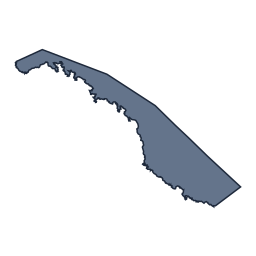 outline of East Choiseul, Choiseul, Solomon Islands, rotated 180°
{"feature_id": "97153195B70410485956536", "entity_name": "East Choiseul", "entity_type": "district", "adm_level": 2, "iso_a3": "SLB", "parent_name": "Solomon Islands", "parent_adm1": "Choiseul", "projection": "albers", "projection_center": [157.222, -7.098], "detail": "fine", "context": "isolated", "style": "filled", "palette": "slate", "viewbox_px": 256, "rotation_deg": 180, "n_neighbors": 0, "source": "geoboundaries", "source_scale": "gbopen_adm2", "svg_char_len": 5908}
<svg xmlns="http://www.w3.org/2000/svg" viewBox="0 0 256 256"><g transform="rotate(180 128 128)"><path d="M239.5,194.6L239.4,193.9L240.3,193.7L240.6,193.2L239.6,192.3L239.8,191.7L240.3,191.7L240.5,190.6L239.3,189.5L239.3,189.2L239.8,189.0L239.7,188.5L238.1,187.5L237.1,185.7L236.0,184.7L235.5,184.7L234.2,183.8L233.7,184.2L233.4,183.7L233.0,183.7L232.8,183.2L231.6,183.7L231.4,183.1L231.1,183.1L231.1,182.7L230.5,183.4L230.4,182.8L229.6,182.6L229.4,182.8L229.6,183.5L229.1,183.6L228.9,183.2L228.3,183.9L227.8,183.9L227.2,185.6L226.8,186.0L225.5,186.3L224.4,187.5L221.7,188.0L220.6,188.8L219.6,188.5L218.2,188.8L217.7,188.4L217.2,188.4L216.3,189.3L215.9,190.6L215.5,191.3L214.2,191.4L213.2,192.0L212.7,191.9L211.7,192.4L210.1,194.0L209.5,193.6L209.1,193.9L208.7,193.8L208.0,193.0L208.1,192.2L207.7,190.3L207.1,189.9L205.9,189.9L205.5,189.4L204.9,189.2L203.6,187.5L201.3,187.3L200.9,186.9L200.5,185.2L199.8,185.0L199.5,184.2L198.7,184.2L198.3,184.4L198.8,184.6L198.7,185.2L197.8,186.0L198.4,187.3L198.0,188.3L198.3,188.8L199.9,188.7L199.5,189.3L199.8,189.5L199.6,189.9L200.2,189.9L200.9,190.8L200.8,191.1L201.7,191.8L201.6,192.3L202.2,192.1L202.6,193.2L201.3,193.4L200.7,192.9L200.1,193.3L199.9,193.2L200.1,193.1L198.8,192.3L198.0,192.2L196.7,192.8L195.8,192.6L195.4,193.2L195.9,194.3L194.5,194.3L193.9,193.3L194.2,192.5L193.3,192.0L195.1,190.8L194.2,190.0L194.3,189.2L193.3,188.5L192.9,189.0L192.0,189.1L191.7,188.1L192.0,187.9L192.0,186.8L192.6,186.4L192.0,185.6L192.6,185.3L191.0,184.1L190.6,181.8L189.9,181.6L189.4,181.9L188.5,181.1L186.8,180.3L186.9,180.9L186.1,181.6L186.3,182.1L185.8,183.6L187.4,185.1L185.4,184.7L185.3,185.6L184.7,185.6L184.2,184.3L183.4,183.8L181.4,183.7L180.6,182.7L180.6,182.2L181.3,182.7L181.7,182.2L181.3,180.3L181.7,180.1L181.6,179.5L182.3,178.9L182.2,178.2L181.7,177.7L181.0,177.7L179.7,178.2L178.0,179.3L177.3,179.1L176.8,179.3L176.0,178.6L175.5,178.6L173.0,177.0L172.8,176.5L173.2,176.2L171.5,176.5L171.0,176.3L170.5,175.2L171.4,174.5L171.1,173.7L170.4,173.4L170.3,173.0L168.6,172.0L168.2,172.2L167.7,172.1L167.1,171.5L167.0,170.8L166.1,170.2L165.5,170.5L165.0,170.2L165.1,169.8L164.7,169.3L163.7,169.0L162.8,167.5L163.3,167.4L163.2,167.0L164.0,166.3L164.0,166.0L164.8,166.5L164.1,165.3L164.5,165.2L165.1,165.5L166.3,165.5L165.9,165.1L166.2,164.6L165.4,162.9L165.3,161.6L164.7,161.5L164.2,161.8L164.3,162.3L163.8,162.5L162.2,161.8L161.4,162.0L160.2,161.8L160.4,161.5L160.1,161.2L160.8,160.9L161.0,160.2L160.8,160.1L160.8,159.3L161.4,159.3L162.0,158.7L162.8,158.7L162.3,158.0L161.7,158.0L160.6,156.4L160.7,156.0L161.6,155.7L161.6,155.1L161.9,154.9L161.7,154.6L160.6,154.7L160.2,154.3L160.3,153.6L159.8,153.7L159.6,154.4L160.0,154.5L160.1,156.3L158.3,157.3L158.5,157.6L158.2,158.0L157.4,158.2L157.1,158.1L157.0,157.5L156.6,157.5L156.7,157.2L156.0,156.7L154.6,157.1L152.3,156.5L151.8,156.6L152.0,157.0L151.6,157.3L149.9,157.2L149.3,157.0L148.7,156.1L148.8,155.4L148.3,155.4L147.5,154.3L147.1,154.3L147.3,154.0L146.7,153.3L145.4,152.6L143.4,152.0L143.2,152.4L143.5,153.1L143.3,153.4L142.6,154.0L141.4,154.1L140.7,154.0L140.2,153.5L140.1,153.0L140.5,152.8L139.9,151.9L139.3,151.8L139.0,152.5L138.7,152.2L138.4,151.4L138.8,151.1L139.0,150.3L138.3,150.2L138.2,149.7L138.9,147.9L137.8,146.3L138.4,145.5L138.0,144.7L137.3,144.9L137.4,144.3L137.0,144.0L136.8,144.0L136.3,145.1L137.0,145.8L136.9,146.5L135.0,147.0L135.8,148.4L135.9,149.7L135.2,149.6L135.0,150.0L134.0,149.2L134.0,148.9L133.0,148.6L132.7,147.6L131.3,147.3L130.1,145.8L130.4,145.5L130.6,144.5L131.5,144.2L131.2,142.7L131.4,142.5L131.9,142.6L131.9,142.3L130.6,140.4L129.4,140.1L128.6,139.0L127.4,138.2L126.5,138.6L126.2,138.1L124.0,136.4L121.5,136.1L120.2,135.6L118.2,132.3L117.6,129.8L118.0,127.9L119.2,127.0L118.9,126.2L118.8,123.8L117.8,122.1L116.1,121.1L115.7,120.6L115.9,119.4L115.2,118.9L114.8,118.0L115.2,115.7L113.6,115.1L112.8,113.8L113.0,113.2L112.4,111.2L112.5,110.5L113.4,109.6L113.6,108.7L112.4,104.7L112.7,102.6L112.3,101.5L111.5,101.1L111.2,100.5L111.0,99.4L111.3,99.5L111.5,98.9L110.8,97.0L111.9,95.2L111.7,94.5L111.9,93.5L111.3,93.1L111.4,92.8L110.6,91.8L110.6,91.4L109.7,90.8L109.0,90.9L109.2,90.3L108.3,89.8L108.8,89.6L108.2,88.9L109.1,88.8L109.5,87.7L108.4,87.1L108.4,86.8L105.8,86.6L105.5,86.4L105.5,85.9L105.3,86.2L105.0,85.6L104.3,86.0L103.3,85.5L103.4,84.9L103.0,83.7L101.8,82.4L100.1,81.6L99.0,79.8L96.9,78.9L96.3,79.3L95.4,79.3L95.4,79.1L96.2,79.0L95.1,78.8L93.8,78.1L93.3,77.2L93.3,76.1L93.0,75.6L91.6,75.1L90.9,74.2L90.8,73.7L91.2,73.2L90.6,73.5L89.9,73.1L90.1,72.8L88.3,72.2L87.3,71.6L87.2,71.1L86.4,71.1L86.4,71.3L86.0,70.7L85.7,70.7L85.5,71.0L85.5,70.6L84.7,70.3L84.2,70.4L84.0,71.1L84.5,69.0L83.8,68.8L83.9,68.5L82.8,67.5L81.2,67.1L80.5,67.3L80.0,69.3L78.3,70.1L77.2,69.6L76.0,67.9L75.3,68.0L75.4,68.4L72.8,66.0L72.4,66.2L72.7,63.7L73.3,62.5L73.7,62.5L73.9,61.7L72.9,60.2L71.3,59.1L71.4,58.6L70.3,58.6L70.5,60.2L69.5,60.3L68.4,59.8L68.5,59.2L67.6,59.7L67.3,59.2L66.9,59.2L66.6,58.3L66.3,58.4L65.8,58.0L65.4,58.1L65.5,57.7L65.1,57.7L64.7,57.1L63.9,57.5L64.0,56.4L63.2,56.3L62.4,55.4L60.5,55.5L60.2,55.1L59.9,55.1L59.9,54.2L59.5,54.2L59.5,54.6L59.0,54.8L58.9,54.5L58.4,54.6L58.3,54.1L57.9,53.9L57.7,54.1L58.0,54.5L57.7,54.8L56.6,54.8L56.2,54.5L54.5,54.7L52.0,52.8L50.8,54.0L49.6,54.4L48.5,53.3L48.2,53.4L48.0,52.7L46.3,51.2L45.3,51.2L45.1,51.5L43.9,50.2L42.9,49.6L43.1,50.0L42.6,50.3L41.8,50.3L41.3,50.0L40.3,50.4L15.4,69.1L48.5,99.8L67.1,117.9L80.7,130.7L100.8,150.4L149.1,181.8L213.7,206.4L239.5,194.6ZM127.5,136.5L127.2,135.1L125.9,135.1L126.6,137.0L126.5,138.1L127.2,138.0L127.2,137.4L126.6,136.4L126.8,136.1L127.5,136.5ZM71.1,57.1L70.5,56.3L69.6,56.8L69.3,57.1L69.5,58.2L70.1,58.3L70.9,57.8L71.1,57.1ZM113.4,91.8L112.1,90.7L111.1,90.5L111.5,90.9L111.6,91.6L112.1,92.1L113.0,92.3L113.4,91.8ZM181.0,175.9L179.3,175.8L179.2,176.9L179.5,177.0L181.0,176.5L181.0,175.9ZM188.6,179.8L187.9,179.6L187.7,180.0L188.2,180.3L188.6,179.8Z" fill="#64748b" stroke="#1e293b" stroke-width="1.5"/></g></svg>